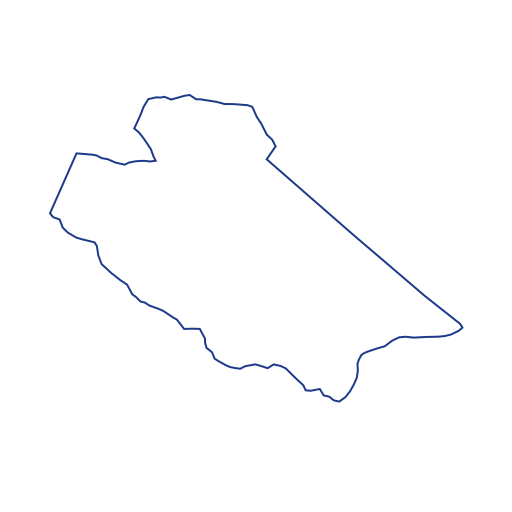 Centenário do Sul, Paraná, Brazil, rotated 131°
{"feature_id": "56859067B19755192038958", "entity_name": "Centenário do Sul", "entity_type": "district", "adm_level": 2, "iso_a3": "BRA", "parent_name": "Brazil", "parent_adm1": "Paraná", "projection": "natural_earth1", "projection_center": [-51.549, -22.794], "detail": "fine", "context": "isolated", "style": "outline", "palette": "blue", "viewbox_px": 512, "rotation_deg": 131, "n_neighbors": 0, "source": "geoboundaries", "source_scale": "gbopen_adm2", "svg_char_len": 1636}
<svg xmlns="http://www.w3.org/2000/svg" viewBox="0 0 512 512"><g transform="rotate(131 256 256)"><path d="M174.6,53.2L173.3,57.4L175.4,102.7L175.8,152.1L176.2,195.3L176.0,311.4L160.4,313.1L157.6,320.1L157.3,327.6L152.7,338.8L150.6,346.4L145.9,356.7L147.7,361.3L156.1,372.6L161.9,379.4L165.6,387.0L171.2,395.9L173.9,400.3L177.0,404.1L178.0,411.7L181.9,415.0L193.6,422.7L195.9,429.5L199.1,432.0L201.6,435.3L208.3,440.2L217.5,438.6L225.0,435.8L235.6,432.7L239.6,431.6L239.6,425.0L241.0,417.8L244.3,405.5L248.2,398.5L249.9,394.2L254.1,397.9L257.3,402.5L261.1,406.7L264.0,409.4L268.9,413.2L273.2,415.0L277.7,423.4L280.2,431.4L283.4,436.7L284.7,442.3L287.1,446.3L296.3,458.8L358.9,439.5L359.8,434.7L357.3,428.1L361.4,420.4L361.8,413.4L360.0,403.6L357.4,398.0L351.6,386.8L352.9,382.6L359.0,375.4L363.4,367.2L363.8,354.3L363.2,342.2L362.2,334.5L366.1,324.2L365.7,319.7L366.1,313.1L364.1,309.6L363.3,303.8L359.7,294.6L358.3,289.9L356.8,278.3L355.9,273.9L358.2,262.4L352.4,256.1L347.9,250.6L351.8,240.3L354.9,237.5L357.8,233.0L357.5,226.0L360.6,220.0L360.0,215.6L358.3,207.4L356.8,202.7L354.6,198.8L351.4,193.9L346.5,192.0L343.2,189.4L338.2,185.4L335.6,179.7L333.0,173.6L326.2,171.5L322.9,165.4L321.3,159.9L322.3,144.4L322.5,135.5L324.8,130.4L321.7,126.2L314.5,120.6L316.8,113.4L314.1,108.4L313.9,102.6L311.3,97.7L303.9,95.9L296.3,96.3L289.0,97.8L281.6,100.1L275.5,104.1L270.8,108.7L266.9,110.3L261.7,111.5L258.1,110.6L254.4,108.7L250.3,106.3L245.1,103.2L239.6,99.6L234.5,98.5L230.6,97.7L223.3,94.5L218.8,90.1L214.0,83.3L205.7,74.7L197.0,65.2L192.8,61.2L187.5,57.4L179.3,53.9L174.6,53.2Z" fill="none" stroke="#1e3a8a" stroke-width="2"/></g></svg>